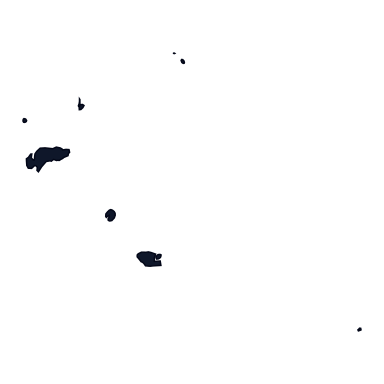 Temotu, orthographic projection
{"feature_id": "SLB-1934", "entity_name": "Temotu", "entity_type": "Province", "adm_level": 1, "iso_a3": "SLB", "parent_name": "Solomon Islands", "parent_adm1": "", "projection": "orthographic", "projection_center": [166.516, -11.046], "detail": "fine", "context": "isolated", "style": "filled", "palette": "ink", "viewbox_px": 384, "rotation_deg": 0, "n_neighbors": 0, "source": "natural_earth", "source_scale": "10m", "svg_char_len": 1909}
<svg xmlns="http://www.w3.org/2000/svg" viewBox="0 0 384 384"><path d="M69.6,152.3L68.4,153.6L68.0,155.7L63.9,157.4L62.6,158.5L60.6,159.5L59.4,160.4L57.3,160.3L56.5,160.5L53.7,159.4L52.3,160.4L51.3,161.2L50.1,160.8L46.2,161.5L41.6,166.8L38.4,171.8L37.0,170.4L37.3,167.4L36.0,165.8L34.7,165.5L31.6,168.4L28.3,168.2L26.8,165.5L26.5,161.2L26.4,158.8L28.5,157.3L29.5,155.8L30.7,154.1L31.8,154.0L31.3,157.8L32.9,159.7L34.0,160.0L34.5,158.5L34.6,156.8L35.0,153.9L36.8,151.3L40.1,148.2L45.0,147.9L52.8,148.7L56.3,147.1L60.1,147.9L62.0,148.9L62.3,149.4L62.7,149.9L66.0,149.4L69.0,149.6L69.6,152.3ZM154.3,257.7L154.4,259.3L154.3,261.4L160.2,261.0L160.9,265.4L152.7,265.9L150.4,266.2L148.6,266.1L145.5,265.8L143.9,263.5L142.6,262.3L141.1,261.7L140.5,260.9L138.6,258.5L137.2,256.9L137.2,255.0L138.1,253.9L139.2,253.3L141.4,252.2L143.4,252.2L145.9,252.3L148.4,251.9L151.0,252.5L155.6,254.1L154.3,257.7ZM114.3,217.9L111.8,220.6L111.0,220.7L109.9,221.0L109.1,220.8L108.2,220.2L108.1,219.5L108.2,218.5L108.8,217.7L109.2,216.9L109.1,215.4L107.6,216.3L106.3,217.4L105.7,216.4L105.9,213.9L107.5,211.9L109.4,210.1L110.8,209.6L112.5,210.2L114.2,211.6L115.1,213.2L115.2,215.3L114.3,217.9ZM81.0,104.6L82.6,104.5L84.0,105.5L82.9,107.6L80.9,109.5L79.3,109.7L79.2,108.1L79.4,106.6L78.7,106.6L78.4,105.8L79.2,103.5L79.5,101.2L79.5,99.0L79.9,99.6L79.9,105.0L80.6,104.8L81.0,104.6ZM161.0,254.8L161.0,255.8L160.4,257.5L158.6,258.8L156.7,259.1L156.0,257.8L156.5,256.0L158.0,254.6L160.0,254.4L161.0,254.8ZM25.5,122.1L24.4,122.4L23.6,122.2L23.0,121.1L23.1,119.9L23.4,119.1L24.0,118.6L25.6,119.0L26.6,120.5L26.3,121.5L25.5,122.1ZM181.9,62.5L181.1,60.5L181.6,59.5L182.7,59.6L184.0,61.0L184.4,62.5L184.1,63.3L183.2,63.4L181.9,62.5ZM359.5,328.2L360.7,328.3L361.0,329.9L360.2,330.3L358.4,330.9L357.9,329.9L358.8,329.1L359.5,328.2ZM173.0,53.2L174.4,53.1L174.8,53.4L174.3,53.6L173.0,53.2Z" fill="#0f172a" stroke="#020617" stroke-width="1.5"/></svg>